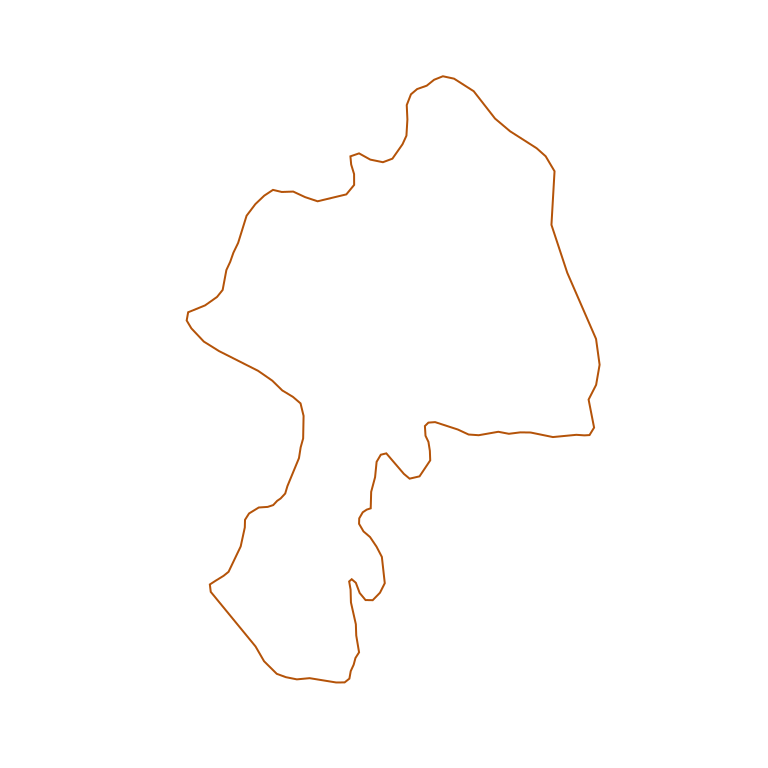 outline of Dhamar, rotated 331°
{"feature_id": "YEM-153", "entity_name": "Dhamar", "entity_type": "Governorate", "adm_level": 1, "iso_a3": "YEM", "parent_name": "Yemen", "parent_adm1": "", "projection": "equal_earth", "projection_center": [44.123, 14.553], "detail": "fine", "context": "isolated", "style": "outline", "palette": "amber", "viewbox_px": 768, "rotation_deg": 331, "n_neighbors": 0, "source": "natural_earth", "source_scale": "10m", "svg_char_len": 1822}
<svg xmlns="http://www.w3.org/2000/svg" viewBox="0 0 768 768"><g transform="rotate(331 384 384)"><path d="M204.9,625.9L197.5,621.9L176.3,605.2L164.6,600.1L156.0,592.8L149.7,585.5L144.7,568.4L144.4,551.3L131.7,481.8L134.5,474.9L141.8,474.4L150.7,474.0L157.0,472.9L179.9,456.6L192.7,442.0L196.6,435.4L203.2,431.8L214.6,431.3L222.7,435.1L228.4,436.2L233.9,434.4L238.1,434.0L244.5,431.9L250.0,426.5L273.7,407.6L280.4,399.0L286.9,392.4L298.2,372.9L301.6,360.5L298.1,351.1L291.9,340.3L287.9,326.9L280.3,311.5L255.7,275.3L247.0,259.6L242.5,242.0L242.2,232.8L247.5,226.3L265.6,228.5L280.2,226.9L288.5,223.5L301.4,207.9L308.7,202.6L316.0,196.1L324.8,189.9L345.4,170.2L358.7,164.3L370.6,161.2L381.0,160.4L387.7,166.5L397.9,171.7L405.6,182.3L414.5,192.0L443.0,199.9L454.4,195.4L459.6,185.9L461.7,176.1L465.0,168.6L474.0,170.2L480.8,181.1L490.6,189.5L500.6,191.0L516.4,183.3L524.0,177.7L532.7,164.0L539.1,151.1L548.0,143.7L556.0,142.1L566.0,143.8L575.3,142.2L584.7,143.4L593.3,150.9L604.4,171.4L609.8,205.7L616.8,224.1L631.8,251.8L635.8,263.2L636.3,280.6L607.6,326.0L598.2,375.6L591.3,447.4L581.9,471.7L569.1,487.6L555.4,496.8L546.6,524.0L539.0,528.3L534.4,526.1L527.6,521.7L506.0,512.3L488.7,497.5L479.8,492.4L469.1,488.1L460.8,481.2L442.0,474.7L433.5,469.2L426.5,459.6L410.2,442.1L404.1,439.3L399.4,440.6L395.2,449.4L394.8,456.2L391.7,464.7L387.4,473.2L370.3,482.0L360.5,479.2L357.8,472.2L352.4,445.8L346.9,444.3L339.8,448.5L331.0,461.2L320.5,472.1L312.1,486.3L308.0,485.5L303.2,485.9L297.2,489.5L294.4,494.2L294.6,503.0L297.6,511.1L298.6,522.7L298.3,534.2L288.1,558.6L279.3,564.6L269.3,567.6L263.1,564.0L261.4,555.0L263.0,544.2L261.1,539.1L257.8,539.8L255.1,547.6L249.2,559.0L242.9,580.5L237.8,590.5L232.1,606.6L226.2,609.8L221.4,614.8L215.7,619.0L210.9,624.9L204.9,625.9Z" fill="none" stroke="#b45309" stroke-width="2"/></g></svg>